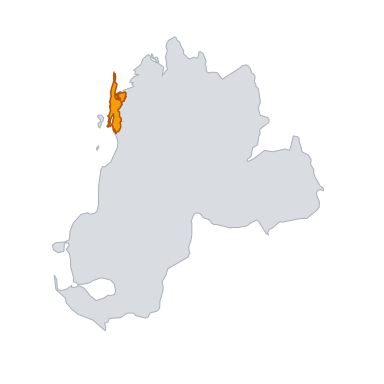 Venezuela, with Sucre highlighted, rotated 279°
{"feature_id": "VEN-49", "entity_name": "Sucre", "entity_type": "State", "adm_level": 1, "iso_a3": "VEN", "parent_name": "Venezuela", "parent_adm1": "", "projection": "albers", "projection_center": [-63.33, 10.402], "detail": "fine", "context": "in_parent", "style": "filled", "palette": "amber", "viewbox_px": 384, "rotation_deg": 279, "n_neighbors": 0, "source": "natural_earth", "source_scale": "10m", "svg_char_len": 9069}
<svg xmlns="http://www.w3.org/2000/svg" viewBox="0 0 384 384"><g transform="rotate(279 192 192)"><path d="M338.3,145.3L342.5,150.8L342.2,152.0L339.6,153.4L338.1,156.5L334.9,157.9L330.4,161.6L327.4,162.0L322.9,168.3L325.5,173.1L324.9,175.6L326.0,176.8L331.3,176.9L331.9,178.2L331.2,180.2L330.3,181.5L323.1,185.5L319.6,185.1L318.2,186.4L313.5,187.3L312.2,189.6L313.4,192.8L314.0,198.0L308.1,204.3L322.8,220.7L324.4,221.5L326.0,225.3L325.5,227.6L322.9,230.3L319.2,232.3L317.1,235.7L314.8,236.4L310.8,236.1L308.8,238.0L306.3,238.7L304.6,241.3L291.1,245.6L285.3,244.3L278.5,247.4L277.3,255.2L275.3,256.9L272.7,256.9L264.4,249.1L260.1,250.2L257.3,249.2L248.9,249.4L245.1,245.0L236.4,244.7L233.1,241.6L231.6,241.6L230.9,242.6L234.3,247.5L244.4,257.1L244.4,265.6L249.1,277.5L248.3,281.3L251.1,282.4L263.2,283.3L263.1,287.6L261.5,289.5L259.1,289.8L252.8,293.0L249.1,294.0L246.7,301.0L244.6,303.0L242.4,304.6L238.2,304.7L232.6,309.1L230.6,309.0L225.9,311.2L218.2,317.6L215.6,321.5L213.7,321.5L214.5,318.1L213.5,316.2L211.7,315.2L210.1,315.1L207.9,316.0L202.2,319.3L196.7,320.0L193.8,318.4L183.7,309.4L183.6,306.4L181.3,299.2L176.3,285.8L176.4,283.3L168.4,276.5L167.3,274.2L163.9,273.2L161.8,274.1L162.4,271.9L173.4,262.4L174.4,260.4L170.2,254.2L167.9,252.4L166.6,250.2L164.0,242.7L163.3,237.0L162.4,235.8L163.8,221.8L163.4,218.7L164.2,216.3L166.4,214.7L167.6,212.3L167.9,208.9L169.2,206.1L171.5,204.0L172.3,201.9L171.4,198.4L169.4,197.0L162.9,195.8L161.1,196.8L149.1,198.6L143.2,198.5L138.7,197.5L135.3,197.7L131.2,199.5L129.3,198.4L127.7,198.9L112.3,180.0L106.5,179.4L98.8,176.6L92.5,178.6L90.0,178.7L79.0,177.4L72.9,178.2L70.3,177.2L68.6,175.7L66.0,169.5L61.9,168.3L60.2,165.8L61.1,155.9L63.2,153.2L62.6,148.7L62.0,146.6L56.6,140.9L54.1,130.0L50.4,129.3L49.4,126.9L48.3,126.4L45.3,127.8L42.1,128.3L41.5,127.7L49.9,114.5L53.4,98.8L57.6,91.2L63.1,85.1L67.6,83.3L74.3,72.9L88.4,68.9L84.6,72.0L76.2,73.9L74.2,75.1L74.3,78.6L76.7,83.7L80.9,87.8L78.9,88.2L79.7,91.8L81.6,94.3L81.7,95.9L80.0,100.6L73.4,108.0L69.7,114.5L72.2,118.5L72.6,120.5L77.2,125.5L76.7,127.4L78.7,131.5L82.0,132.1L88.7,129.8L92.2,125.6L93.1,117.6L92.6,114.7L88.7,107.6L86.1,104.8L83.8,98.7L82.9,93.2L84.7,91.9L84.6,89.0L89.2,88.3L99.1,83.9L105.2,82.8L112.2,80.5L115.2,77.2L116.3,77.0L119.9,79.0L121.7,78.4L122.4,76.9L121.5,73.9L113.2,74.8L111.2,68.9L113.2,64.2L117.6,62.5L120.7,65.3L122.7,73.9L125.5,78.3L134.3,77.6L143.2,79.8L152.6,86.0L155.3,92.4L154.1,94.0L154.7,96.7L156.0,99.4L158.1,101.1L164.0,101.7L183.6,98.8L200.0,98.5L203.1,99.8L203.4,102.1L208.7,107.0L224.7,111.4L230.8,110.8L245.5,102.7L253.4,102.9L255.7,101.7L252.8,100.5L246.2,100.0L244.2,100.8L243.1,98.7L252.5,98.1L260.9,98.6L267.7,97.1L273.0,97.1L278.4,96.1L288.6,97.3L296.6,96.3L295.7,97.6L288.8,98.7L285.6,100.7L278.6,100.4L273.8,101.1L275.3,101.6L275.3,103.6L276.7,104.0L278.8,106.5L279.4,108.6L277.6,111.8L279.6,111.4L280.7,110.4L280.7,108.1L281.8,108.5L287.0,117.9L289.2,115.6L290.7,117.0L290.6,113.5L292.3,113.6L296.1,115.9L299.9,121.3L299.3,117.2L302.4,117.1L303.2,115.3L309.4,121.2L316.0,122.8L320.9,127.2L319.9,129.4L317.0,130.5L315.8,131.9L313.7,138.9L310.9,144.4L302.7,144.5L309.7,148.7L312.2,146.9L315.7,146.8L320.9,144.5L328.0,145.5L331.1,143.6L335.0,143.8L338.3,145.3ZM253.1,87.6L253.8,90.5L251.6,93.0L248.5,93.1L246.2,91.4L244.9,91.8L240.8,90.9L242.0,89.3L245.0,88.6L247.2,90.4L249.1,90.5L249.6,89.0L252.1,86.8L253.1,87.6ZM319.5,136.5L315.1,138.8L314.9,136.6L318.2,133.8L319.7,135.4L319.5,136.5ZM222.9,92.5L221.7,93.0L218.5,91.8L219.2,91.0L220.9,91.0L222.9,92.5ZM320.3,132.2L317.7,133.0L318.4,131.3L321.2,130.4L322.2,130.7L320.3,132.2Z" fill="#d9dde1" stroke="#a8b0b8" stroke-width="1"/><path d="M237.8,107.3L238.2,107.3L238.6,107.5L238.8,107.6L239.3,107.4L240.0,106.8L240.7,106.6L241.1,106.4L241.4,106.2L241.2,105.9L240.6,106.1L240.1,106.1L239.6,105.9L239.3,105.7L239.7,105.5L239.9,105.7L240.2,105.7L240.5,105.6L241.0,105.4L241.3,105.3L241.2,105.0L241.2,104.9L241.3,104.7L240.8,104.7L241.3,104.3L241.5,104.4L241.6,104.7L241.6,105.0L241.6,105.4L241.8,105.4L242.0,105.1L242.2,104.8L242.2,104.2L243.1,103.9L244.2,103.6L245.1,103.1L245.2,102.8L245.3,102.5L245.5,102.3L246.0,102.2L246.5,102.2L246.9,102.3L247.2,102.4L248.2,102.8L248.6,102.9L249.1,103.0L249.6,102.9L251.0,102.7L251.4,102.7L252.3,102.9L252.7,103.0L253.7,103.0L256.7,102.2L257.4,101.9L256.8,101.9L256.3,101.9L255.7,101.8L255.2,101.5L254.8,101.2L253.6,100.7L253.1,100.5L251.9,100.5L251.4,100.4L250.9,100.1L250.5,99.9L249.9,100.0L248.7,100.2L248.8,100.1L249.0,99.7L248.7,99.8L248.3,100.1L248.1,100.2L247.8,100.3L246.3,100.1L246.0,100.2L245.3,100.6L245.1,100.7L245.0,100.8L244.8,101.3L244.5,101.4L244.2,101.3L244.0,101.0L244.0,100.7L244.0,100.4L243.8,100.0L243.4,99.5L243.1,99.1L243.2,98.7L243.5,98.5L243.6,98.4L243.7,98.2L243.7,97.9L243.9,97.9L244.1,98.3L244.4,98.5L245.4,98.7L245.7,98.8L246.2,99.1L246.5,99.1L246.8,99.1L248.1,98.4L248.3,98.4L248.6,98.3L248.8,98.4L248.9,98.6L249.0,98.7L251.1,98.6L251.6,98.8L251.9,98.7L252.8,98.5L253.1,98.4L253.3,98.1L253.5,97.8L253.7,97.4L253.7,97.0L253.9,97.0L254.2,97.5L254.6,97.8L255.1,98.1L257.4,98.6L259.6,98.9L260.1,98.8L261.0,98.2L261.5,98.0L261.9,98.2L262.1,98.2L262.1,97.9L262.3,97.9L262.6,98.0L262.9,98.1L263.0,98.0L263.1,97.5L263.3,97.3L263.4,97.5L263.6,97.5L263.9,97.4L264.0,97.6L263.9,97.7L264.3,97.9L264.5,97.6L264.8,97.6L265.2,97.8L265.5,97.9L265.7,97.7L265.8,97.6L266.1,97.7L266.3,97.7L266.5,97.6L268.1,96.6L268.3,96.5L268.4,96.8L268.5,97.0L268.8,97.1L269.1,97.1L269.3,97.1L269.5,97.0L269.7,96.8L270.0,96.9L271.5,96.8L272.0,96.9L272.9,97.2L273.4,97.3L274.0,97.2L274.9,96.9L275.7,96.8L278.1,95.9L278.4,95.9L278.9,96.1L279.1,96.2L279.4,96.2L279.9,96.3L282.0,96.3L285.2,96.9L287.9,97.3L289.5,97.3L290.2,97.5L290.6,97.5L290.8,97.4L291.4,97.0L291.7,96.9L293.2,96.9L293.8,96.8L294.4,96.4L294.6,96.7L295.2,96.5L295.4,96.7L295.8,96.5L296.4,96.3L297.0,96.2L297.4,96.3L297.0,96.5L296.7,96.7L296.5,97.0L296.6,97.5L296.2,97.4L296.0,97.6L295.8,97.8L295.3,98.0L295.0,98.2L294.8,98.3L294.5,98.3L294.3,98.3L294.1,98.3L293.9,98.5L292.5,98.6L292.0,98.8L290.1,98.5L288.7,98.6L288.4,98.8L288.1,99.1L287.1,100.7L286.6,101.1L286.1,101.0L285.6,100.7L285.2,100.8L284.7,100.9L284.2,101.0L284.0,100.9L283.5,100.7L283.3,100.7L283.1,100.7L282.7,100.8L282.0,100.7L280.6,100.4L279.3,100.3L274.2,100.9L273.6,101.1L273.3,101.4L273.1,101.7L272.5,102.2L272.0,102.5L271.6,102.7L271.6,102.8L272.3,102.6L273.5,101.5L274.2,101.1L275.0,101.1L275.4,101.5L275.4,102.2L275.4,102.7L275.6,103.4L275.6,103.9L275.5,104.1L275.3,104.1L275.0,104.2L274.8,104.2L274.6,104.1L274.3,103.8L274.1,103.8L272.7,103.7L272.0,103.9L271.8,104.4L272.4,104.1L272.5,104.6L272.6,104.8L272.8,105.0L272.6,105.1L272.2,105.6L271.9,105.8L272.3,106.0L272.3,106.3L272.0,106.5L271.8,106.8L273.1,106.8L273.4,106.6L273.5,106.2L273.0,105.3L273.1,104.8L272.9,104.7L272.8,104.4L272.9,104.1L273.1,103.9L273.5,103.9L273.9,104.1L274.5,104.7L275.0,104.5L275.2,104.4L275.4,104.4L276.1,104.0L276.3,103.9L276.6,104.0L277.1,104.1L277.5,104.3L277.7,104.5L277.8,104.7L277.8,105.1L277.9,105.3L278.0,105.5L278.5,105.8L278.8,106.1L279.1,106.4L279.2,106.8L279.2,107.3L279.1,108.0L279.3,108.7L279.4,108.9L279.4,109.0L279.6,109.1L279.8,109.2L279.9,109.6L280.1,110.0L280.1,110.5L279.8,110.9L279.5,111.2L279.1,111.3L278.9,111.3L278.5,111.4L278.2,111.5L278.0,111.4L277.8,111.3L277.7,111.2L277.2,111.1L276.8,111.1L276.5,111.2L276.3,111.6L276.3,111.8L276.2,111.9L276.0,112.0L275.8,112.1L275.7,112.0L275.6,111.6L275.5,111.4L275.2,111.2L274.6,111.5L274.2,111.5L274.2,111.3L274.2,111.1L274.2,110.9L274.0,110.7L273.8,110.7L273.6,110.8L273.4,111.0L273.2,110.9L272.9,110.6L272.7,110.6L272.3,110.8L272.1,110.9L271.5,110.7L271.6,110.8L271.2,110.7L270.9,110.3L270.7,109.9L270.7,109.5L270.7,109.3L270.5,109.0L270.5,108.8L270.4,108.7L270.2,108.7L270.0,108.8L269.9,108.9L269.7,108.9L269.4,108.8L269.4,108.6L269.3,108.4L269.4,108.1L268.5,108.6L268.2,108.9L267.9,109.2L267.6,109.3L267.4,109.2L267.2,108.9L267.1,108.7L266.8,108.7L266.5,108.7L266.3,108.7L266.2,108.6L266.1,108.4L265.9,108.3L264.8,108.1L264.7,108.1L264.5,107.8L264.4,107.7L263.6,107.6L263.4,107.5L263.2,107.4L262.9,107.2L262.9,106.8L262.9,106.7L262.3,106.5L262.2,106.5L262.1,106.4L261.8,106.1L261.6,106.0L261.3,106.0L260.8,106.2L260.3,106.5L260.1,106.7L259.9,107.0L259.8,107.6L259.7,107.8L259.2,107.9L258.6,108.1L258.1,108.2L257.3,108.2L256.3,108.4L255.9,108.4L255.7,108.4L255.5,108.5L255.1,108.8L254.9,109.0L254.1,110.2L253.5,110.4L251.1,111.1L250.8,111.2L250.4,110.6L250.2,110.4L249.1,110.2L248.9,110.1L248.7,110.1L248.4,110.4L247.6,110.9L246.3,111.2L244.9,111.4L244.2,111.4L243.9,111.3L243.8,111.2L243.1,110.8L242.9,110.7L242.7,110.7L242.3,110.8L242.0,110.9L241.8,110.8L241.2,110.5L241.0,110.4L240.8,110.2L240.7,110.0L240.5,109.9L240.3,109.9L240.1,109.8L240.0,109.7L240.0,109.0L240.0,108.9L239.8,108.7L239.6,108.5L238.7,108.2L238.3,108.0L238.1,107.7L237.8,107.3ZM279.3,104.8L279.6,105.3L279.6,105.7L279.4,106.1L279.3,105.8L279.2,105.6L278.8,105.2L278.7,105.0L278.3,104.7L277.6,104.1L277.0,103.8L276.6,103.4L276.4,102.9L276.5,102.5L276.6,102.1L276.7,101.9L276.8,101.9L277.5,102.7L278.0,103.4L279.3,104.8Z" fill="#f59e0b" stroke="#b45309" stroke-width="1.5"/></g></svg>